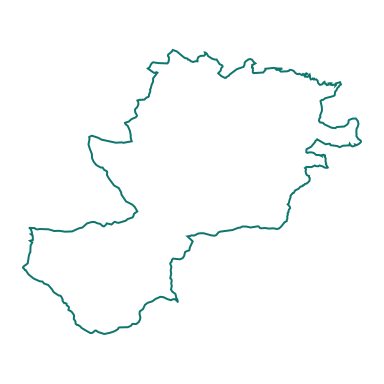 outline of Sacuieu, Cluj, Romania
{"feature_id": "2599482B66272084006020", "entity_name": "Sacuieu", "entity_type": "district", "adm_level": 2, "iso_a3": "ROU", "parent_name": "Romania", "parent_adm1": "Cluj", "projection": "robinson", "projection_center": [22.862, 46.778], "detail": "fine", "context": "isolated", "style": "outline", "palette": "teal", "viewbox_px": 384, "rotation_deg": 0, "n_neighbors": 0, "source": "geoboundaries", "source_scale": "gbopen_adm2", "svg_char_len": 5863}
<svg xmlns="http://www.w3.org/2000/svg" viewBox="0 0 384 384"><path d="M325.5,161.6L325.7,158.5L325.0,157.2L325.0,155.4L324.5,155.2L324.3,155.9L323.5,154.8L321.3,155.2L321.6,156.1L319.6,155.1L316.1,154.9L314.0,153.1L311.9,152.4L309.0,152.4L307.3,152.9L306.3,152.2L306.5,149.3L311.2,146.7L315.0,142.1L315.6,140.6L317.0,140.0L317.2,139.4L325.7,144.3L329.1,143.7L330.1,144.0L330.6,145.2L337.2,146.0L339.6,147.2L343.1,145.7L349.1,145.4L349.7,143.7L351.1,145.8L352.4,146.4L353.6,146.2L355.5,145.4L355.2,144.6L356.7,145.1L359.2,143.7L360.7,142.3L361.0,141.2L360.2,140.2L358.2,138.9L356.4,136.0L356.6,134.0L356.3,132.5L356.6,128.6L357.7,126.8L358.5,123.8L357.8,121.0L355.8,118.5L352.5,118.6L349.0,120.0L348.6,120.6L348.4,122.9L347.0,124.7L344.3,126.5L337.1,127.0L335.3,128.1L331.7,127.8L324.3,124.3L323.1,122.9L320.1,122.4L319.0,120.9L319.3,118.6L320.4,117.4L320.1,115.6L322.0,110.6L321.8,106.8L320.5,101.1L321.7,100.0L323.2,99.8L325.3,98.2L333.0,96.2L334.6,95.4L335.2,91.5L336.3,90.5L337.6,87.7L338.5,87.1L339.7,85.3L341.0,84.5L340.0,82.2L336.0,83.4L335.8,83.9L336.0,85.0L335.7,85.3L335.9,84.6L335.0,85.0L334.5,84.5L332.5,85.2L331.0,84.8L330.9,83.8L331.3,83.3L330.9,83.2L328.5,83.4L328.8,84.6L326.7,85.1L325.9,83.8L325.1,83.7L324.5,81.9L323.4,82.6L322.4,84.2L320.0,84.9L318.3,83.3L317.6,80.8L316.4,79.4L314.0,79.5L314.0,78.6L312.8,78.5L312.7,79.0L310.8,79.4L310.0,77.5L310.1,76.3L309.7,74.7L307.7,76.9L304.9,76.6L304.2,75.4L307.2,73.9L306.4,73.3L303.9,74.8L303.0,74.0L302.1,75.1L299.2,73.7L298.0,74.2L296.8,73.9L295.4,73.0L293.7,70.9L291.1,69.9L289.7,69.9L288.9,70.8L287.1,71.3L281.4,71.6L280.6,71.5L279.0,69.8L276.6,69.9L275.6,68.9L278.9,69.0L280.0,69.5L282.3,68.5L277.7,68.5L273.5,67.9L265.3,68.8L265.4,70.0L263.2,72.5L253.5,73.1L252.8,72.3L252.9,68.0L252.0,67.6L252.0,66.2L252.5,65.7L252.2,65.0L255.4,63.4L253.7,62.0L251.9,59.6L250.2,59.1L248.5,59.4L245.4,61.6L244.7,62.8L244.4,65.0L243.5,66.9L236.9,69.1L229.6,74.6L228.8,75.8L226.6,76.9L226.0,77.8L225.0,77.9L221.7,76.3L218.2,73.3L220.6,70.7L221.3,68.1L222.6,66.7L222.3,65.5L219.5,64.0L216.6,59.5L215.0,59.6L212.1,58.7L208.1,56.1L207.0,53.9L205.5,52.6L204.9,52.5L205.3,53.6L205.1,54.6L204.2,55.7L200.6,55.9L198.3,57.2L197.4,59.4L197.5,61.3L195.7,61.2L193.1,62.0L190.9,61.2L189.2,59.8L187.8,59.5L187.5,58.6L185.0,58.0L183.7,57.2L176.8,51.4L172.7,50.0L171.8,51.6L168.1,54.7L167.9,55.9L168.9,57.3L168.9,59.4L168.5,62.0L167.5,63.4L158.6,63.1L153.1,62.3L151.9,63.1L150.9,64.5L149.6,67.3L147.8,68.5L153.7,72.7L154.8,72.9L156.4,72.2L157.4,72.7L153.1,78.4L153.1,81.6L151.6,84.8L150.7,88.5L150.0,89.5L150.3,90.2L150.1,92.3L149.1,94.2L148.9,96.1L148.3,97.0L146.6,97.5L144.4,99.6L139.3,99.9L137.4,100.5L138.3,102.2L138.4,104.4L137.1,107.3L135.2,109.1L135.0,110.4L135.3,112.4L136.8,115.0L136.9,115.9L135.8,117.3L131.5,119.1L128.9,121.5L125.0,122.8L125.4,124.0L127.8,126.0L129.9,130.8L130.7,135.1L130.7,137.9L131.7,141.3L123.5,142.8L121.8,142.4L115.7,142.7L101.4,139.6L98.5,137.9L92.5,135.9L91.5,135.8L89.2,137.0L89.5,139.2L88.5,144.4L89.7,148.5L91.9,154.1L92.0,158.0L93.6,161.7L96.4,165.1L100.7,167.5L102.6,167.5L104.3,170.0L106.0,170.7L107.0,171.6L107.2,172.6L106.9,174.9L109.0,178.6L114.1,185.5L118.8,188.1L121.2,192.6L121.4,194.5L126.0,201.4L132.3,204.6L134.9,207.2L137.3,211.4L134.0,213.8L133.3,216.4L132.4,217.5L127.8,219.0L125.6,220.8L118.7,222.8L116.9,222.6L114.9,221.8L113.8,222.4L111.5,224.5L106.8,223.4L105.5,225.2L103.9,226.4L102.7,226.1L100.2,223.9L97.1,223.2L94.6,222.0L91.9,222.0L87.2,223.3L82.4,227.5L78.7,228.4L72.2,231.4L65.2,231.7L59.1,230.8L54.2,231.0L48.5,229.3L39.7,229.0L37.5,229.4L35.9,229.1L34.6,228.1L29.7,227.9L29.7,228.4L30.6,228.7L31.0,229.5L31.6,231.3L32.1,233.9L30.9,234.2L32.7,235.7L32.9,239.9L30.1,240.8L32.3,242.4L30.6,245.6L30.3,252.4L29.8,252.8L28.9,255.7L27.7,263.4L23.4,266.6L23.0,267.8L24.1,268.7L24.8,270.0L25.6,270.1L28.6,274.5L33.6,278.5L39.5,281.2L42.5,281.6L44.0,283.5L48.2,285.0L52.1,289.5L53.6,292.1L58.7,295.5L60.4,295.7L61.3,296.7L62.7,299.6L62.5,300.7L64.2,303.2L65.1,303.0L66.6,303.7L66.7,305.3L68.7,306.7L68.9,307.2L68.5,310.1L70.6,311.0L72.1,312.3L74.1,315.4L73.8,319.1L75.4,321.2L75.6,323.7L77.1,325.0L78.1,325.0L80.2,326.4L81.5,327.9L85.6,330.4L90.1,332.9L91.3,333.1L92.6,332.7L95.1,330.6L95.9,330.5L98.3,332.1L104.3,334.0L110.3,332.7L114.6,331.2L118.0,329.1L118.5,327.9L119.4,327.4L127.8,327.2L130.9,325.8L132.4,323.9L136.3,324.0L138.8,322.0L139.9,319.8L140.4,317.6L139.5,313.7L139.8,311.4L143.0,309.1L145.0,304.8L147.7,302.8L152.4,301.3L155.6,298.9L160.4,296.8L163.5,297.2L167.2,299.0L170.8,300.2L173.1,299.2L174.9,299.2L177.1,301.0L178.0,302.4L177.3,299.5L176.4,298.1L175.4,293.9L172.4,291.7L171.0,289.6L171.8,285.8L171.2,283.4L171.7,280.6L171.3,279.1L170.4,278.5L170.3,277.9L171.2,273.7L170.7,270.5L171.4,266.8L170.2,263.7L170.9,262.3L171.5,261.9L172.0,259.7L173.1,258.6L179.9,259.3L182.6,258.2L184.2,255.9L185.0,252.2L186.3,251.3L189.3,250.3L189.9,247.4L192.7,241.3L187.5,236.4L190.1,236.0L191.3,235.4L194.3,235.5L198.3,233.5L201.6,233.2L203.9,233.3L211.4,235.4L214.7,235.7L216.2,235.1L218.5,232.4L219.8,231.7L232.6,230.0L238.2,227.8L240.4,227.6L242.2,226.5L246.1,226.5L250.6,227.5L257.9,226.3L258.7,226.5L260.0,228.0L261.1,228.3L265.3,228.0L268.8,228.6L273.2,228.3L277.1,229.0L278.9,228.5L280.9,226.9L284.6,222.2L286.7,221.2L286.8,219.9L287.4,218.5L287.2,216.4L287.9,214.4L287.6,213.2L288.5,212.3L288.4,211.3L288.9,209.7L290.1,208.1L289.6,206.4L287.7,204.3L288.8,203.3L289.5,200.1L290.5,197.6L290.5,196.0L291.1,195.0L292.7,193.1L293.6,193.0L295.2,190.4L298.5,188.8L300.4,186.7L302.6,186.1L302.8,185.4L304.1,185.0L304.7,184.1L307.1,183.3L309.4,181.0L309.8,178.3L309.0,177.1L309.1,176.0L307.0,175.2L306.3,174.2L305.5,171.2L306.1,169.2L305.0,168.0L306.5,166.9L311.5,167.1L314.8,165.5L315.8,166.1L318.2,166.3L319.4,165.5L322.2,166.2L325.0,167.7L327.5,167.8L327.8,167.6L327.6,167.2L325.8,164.1L326.2,163.3L325.5,161.6Z" fill="none" stroke="#0f766e" stroke-width="2"/></svg>